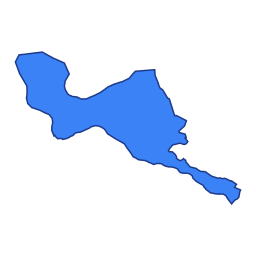 the district of Mokwa, Niger, Nigeria
{"feature_id": "59680162B23155718085687", "entity_name": "Mokwa", "entity_type": "district", "adm_level": 2, "iso_a3": "NGA", "parent_name": "Nigeria", "parent_adm1": "Niger", "projection": "mercator", "projection_center": [5.257, 9.194], "detail": "fine", "context": "isolated", "style": "filled", "palette": "blue", "viewbox_px": 256, "rotation_deg": 0, "n_neighbors": 0, "source": "geoboundaries", "source_scale": "gbopen_adm2", "svg_char_len": 2794}
<svg xmlns="http://www.w3.org/2000/svg" viewBox="0 0 256 256"><path d="M54.0,136.0L54.8,135.4L55.4,136.5L57.7,138.7L60.5,138.5L61.4,138.5L61.7,138.5L62.0,138.7L62.4,139.0L62.5,139.1L62.6,139.3L62.8,139.3L63.0,139.4L63.3,139.3L63.6,139.2L63.8,139.1L65.4,138.9L68.9,137.6L70.5,136.3L72.0,136.0L73.1,135.1L73.9,134.7L74.0,134.0L75.7,132.9L78.0,132.4L80.2,132.2L82.3,131.3L85.6,129.8L89.2,128.2L90.9,126.9L93.7,126.1L95.4,125.7L98.9,126.0L101.8,127.4L104.6,129.2L107.6,133.8L108.1,134.1L111.1,136.0L115.0,138.5L119.3,140.9L124.4,143.8L126.6,147.3L131.0,153.3L133.2,156.8L136.2,158.2L138.4,159.7L141.4,160.1L144.5,160.4L147.1,161.3L149.0,162.5L150.8,163.0L153.6,164.5L155.2,163.9L158.1,163.4L161.9,163.8L162.9,164.9L165.7,166.2L168.7,166.9L171.7,166.9L173.8,167.5L175.4,168.0L177.5,168.8L178.1,169.9L179.1,171.3L180.4,172.6L182.5,173.1L184.7,173.2L187.2,173.2L189.6,173.9L192.1,175.6L192.9,178.1L193.7,178.9L196.3,181.4L196.9,181.7L198.1,182.5L201.1,184.2L203.2,185.3L203.9,186.9L206.3,189.7L210.4,192.8L214.0,193.5L214.6,193.7L217.6,194.0L219.2,194.1L219.6,194.1L223.0,194.0L225.8,195.6L228.2,199.5L231.6,203.9L234.7,200.2L237.0,199.1L238.8,197.3L239.8,191.7L240.6,190.0L234.5,187.4L236.5,184.3L231.4,180.8L229.8,180.8L229.1,180.2L227.7,179.5L224.7,178.3L222.7,178.7L219.9,177.9L217.9,178.2L216.0,177.6L212.0,176.3L209.5,174.7L207.6,173.4L206.5,172.5L205.9,172.0L204.5,171.6L203.3,171.5L202.4,171.5L202.2,171.5L200.6,171.4L197.6,169.6L196.9,168.9L196.4,168.6L196.0,168.3L195.2,168.2L194.4,168.0L193.3,167.7L191.3,167.2L189.9,166.8L187.5,163.7L186.0,162.1L185.6,160.1L184.4,159.7L183.6,158.6L182.4,159.7L180.0,160.7L176.5,158.4L176.5,156.7L175.2,154.4L172.3,151.8L171.5,151.8L169.2,151.7L168.5,151.0L168.7,150.3L169.8,148.4L171.1,146.8L173.1,144.6L174.8,144.5L177.3,143.8L178.6,143.4L180.7,143.3L180.8,143.3L183.2,144.3L184.7,144.4L184.8,144.4L185.4,144.1L185.6,144.1L186.1,143.6L187.2,142.6L187.8,141.5L186.4,139.7L185.1,138.1L186.3,137.7L185.1,134.1L179.2,132.5L179.1,130.9L184.6,125.9L186.4,120.7L176.5,115.6L174.6,115.6L169.3,98.9L167.6,98.1L162.7,89.8L160.0,88.0L158.4,84.3L158.5,83.8L155.1,75.5L154.7,69.7L135.4,71.3L133.3,73.4L129.1,78.4L124.6,80.5L122.8,81.5L119.9,82.3L118.5,82.8L113.5,84.4L110.7,85.7L110.1,86.0L108.2,86.8L104.9,89.3L104.1,89.8L103.5,90.3L102.1,91.3L100.8,92.1L99.7,92.9L98.4,93.5L97.5,93.9L94.8,95.3L89.6,97.4L88.1,98.1L86.3,98.9L81.6,99.0L80.6,98.8L76.8,96.9L75.3,96.9L74.2,96.6L72.1,96.5L71.3,95.9L69.9,95.4L68.7,94.8L68.3,94.4L67.4,93.4L65.2,89.5L64.4,86.1L65.2,81.0L69.2,74.0L64.4,63.1L53.2,58.1L42.2,52.1L19.0,54.9L15.4,62.0L19.6,73.6L26.8,85.8L27.0,88.3L27.1,92.1L26.8,96.2L26.4,97.8L27.7,103.5L31.7,107.5L39.9,110.3L45.0,112.9L46.6,113.5L49.2,114.6L52.2,118.4L52.7,122.6L51.8,127.1L51.8,130.6L54.0,136.0Z" fill="#3b82f6" stroke="#1e3a8a" stroke-width="1.5"/></svg>